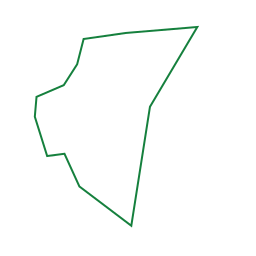 outline of Pembroke, rotated 78°
{"feature_id": "MLT-5934", "entity_name": "Pembroke", "entity_type": "state/province", "adm_level": 1, "iso_a3": "MLT", "parent_name": "Malta", "parent_adm1": "", "projection": "equal_earth", "projection_center": [14.475, 35.933], "detail": "fine", "context": "isolated", "style": "outline", "palette": "green", "viewbox_px": 256, "rotation_deg": 78, "n_neighbors": 0, "source": "natural_earth", "source_scale": "10m", "svg_char_len": 311}
<svg xmlns="http://www.w3.org/2000/svg" viewBox="0 0 256 256"><g transform="rotate(78 128 128)"><path d="M43.6,39.2L111.8,102.1L224.3,145.1L175.1,187.7L140.0,195.5L138.6,212.9L97.6,216.8L78.5,211.0L72.7,181.9L55.1,164.5L31.7,152.9L34.6,110.3L43.6,39.2Z" fill="none" stroke="#15803d" stroke-width="2"/></g></svg>